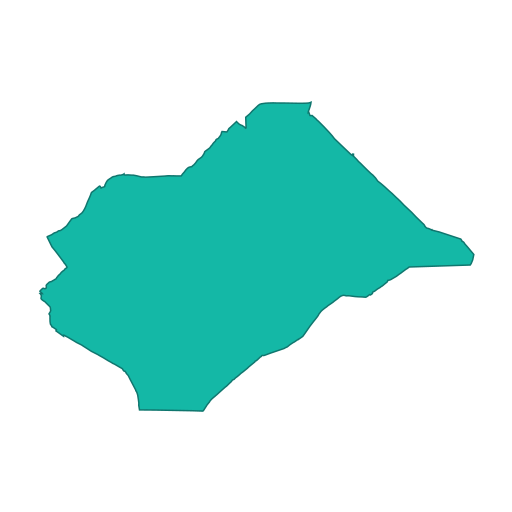 the district of Carlogani, Olt, Romania, rotated 267°
{"feature_id": "2599482B86259976977107", "entity_name": "Carlogani", "entity_type": "district", "adm_level": 2, "iso_a3": "ROU", "parent_name": "Romania", "parent_adm1": "Olt", "projection": "orthographic", "projection_center": [24.165, 44.511], "detail": "fine", "context": "isolated", "style": "filled", "palette": "teal", "viewbox_px": 512, "rotation_deg": 267, "n_neighbors": 0, "source": "geoboundaries", "source_scale": "gbopen_adm2", "svg_char_len": 5963}
<svg xmlns="http://www.w3.org/2000/svg" viewBox="0 0 512 512"><g transform="rotate(267 256 256)"><path d="M398.2,257.1L395.1,253.0L384.5,252.8L384.2,252.3L385.2,251.4L387.1,248.9L387.5,247.9L388.4,246.3L390.5,244.2L391.3,243.6L385.9,237.2L385.0,236.0L384.4,235.4L383.1,234.7L381.4,233.4L382.1,228.6L381.4,228.2L380.8,227.9L380.2,227.8L378.9,227.3L378.0,226.7L376.0,225.0L375.4,224.5L375.1,223.9L374.7,222.8L374.3,222.3L373.8,221.9L372.9,221.5L371.7,220.1L370.7,219.1L369.0,217.8L368.4,217.1L366.4,215.5L365.7,214.5L364.2,212.2L363.2,210.7L362.7,210.2L362.2,210.0L361.3,209.7L358.7,207.9L358.0,207.3L357.1,206.2L355.4,203.4L354.4,202.3L352.1,200.5L350.2,198.6L349.9,198.1L349.1,197.0L348.7,196.8L348.5,196.1L348.4,194.9L348.0,193.4L347.4,192.4L346.8,191.7L345.7,190.5L344.5,189.5L343.5,188.7L341.6,186.8L340.8,186.2L340.0,185.7L339.9,184.7L340.0,183.3L340.1,180.8L340.4,177.5L340.4,176.5L340.7,173.2L340.7,171.4L340.6,169.3L340.5,156.5L340.5,150.4L340.6,148.9L340.7,148.7L340.8,148.4L340.9,145.9L342.2,141.6L342.6,140.1L343.2,137.6L343.3,135.7L343.7,132.5L343.7,130.4L343.7,129.7L344.0,128.5L344.9,128.5L344.7,128.2L344.3,127.3L343.9,125.8L343.8,125.2L343.9,124.3L343.7,122.2L343.4,120.9L343.1,120.2L342.9,119.1L342.8,117.9L342.4,116.6L341.9,115.9L339.9,112.5L339.2,111.6L337.4,110.3L334.6,108.8L333.2,108.5L332.9,107.5L332.7,106.9L332.6,106.2L332.0,104.8L333.6,104.1L334.0,103.6L333.9,103.2L330.8,99.0L330.2,98.3L328.1,95.1L327.4,94.7L325.4,93.9L323.3,92.9L318.9,90.6L314.4,88.6L312.2,87.4L309.7,85.8L308.2,84.5L307.1,83.0L306.6,82.2L306.3,81.8L305.9,81.4L305.1,80.8L304.8,80.4L303.5,77.3L303.1,74.9L302.9,74.2L302.6,73.8L299.8,71.5L295.9,68.4L292.4,63.4L291.7,62.0L291.6,61.7L291.5,60.6L291.4,60.0L290.4,58.5L290.1,57.7L289.7,56.1L289.5,55.6L289.1,54.8L288.5,54.0L287.9,52.9L286.4,48.9L286.3,48.7L286.0,48.4L278.2,51.7L275.7,52.8L272.2,55.4L267.4,58.7L259.9,63.7L259.3,63.9L258.6,64.4L257.7,65.2L255.1,66.6L254.7,66.7L254.4,66.5L254.0,66.1L253.7,65.7L253.4,65.0L253.2,64.7L251.9,63.7L251.6,63.3L251.3,62.6L250.5,61.7L250.2,61.1L249.6,60.5L248.6,59.7L248.3,59.4L247.2,58.0L246.4,57.2L245.4,56.4L244.9,55.9L244.1,55.4L243.8,55.2L243.5,54.8L243.0,53.7L242.4,52.7L241.9,51.6L241.5,50.9L241.2,50.4L241.0,49.1L240.7,48.2L240.2,47.6L238.8,45.9L237.8,45.0L237.3,44.9L236.7,45.0L235.3,44.9L235.0,44.8L234.8,44.5L234.4,43.7L234.4,43.2L234.9,42.2L234.9,41.6L234.8,41.3L234.3,40.6L233.7,40.0L233.1,39.2L232.7,38.8L232.2,38.4L231.8,38.4L231.5,38.7L231.0,39.4L230.7,39.8L229.6,40.6L229.7,38.5L229.2,38.9L227.5,39.6L225.0,39.1L224.8,39.1L224.5,39.2L223.3,40.2L222.0,41.9L221.4,42.8L220.9,43.3L219.9,44.1L216.1,47.6L215.6,47.8L214.4,48.0L213.1,48.0L212.6,48.2L211.2,47.7L210.2,47.1L209.4,46.4L208.9,46.3L207.9,46.9L207.4,47.1L206.8,47.0L206.5,47.2L205.0,47.0L201.3,46.9L199.0,47.1L198.3,47.3L197.6,47.9L195.9,48.6L195.8,49.0L192.9,52.9L192.7,52.9L191.7,52.3L185.9,59.6L187.0,59.7L187.0,60.0L186.5,60.8L184.7,63.9L182.6,67.0L180.9,69.6L179.1,72.2L176.2,77.3L175.4,78.3L174.9,79.0L172.2,82.8L169.5,86.5L165.7,93.1L164.9,94.2L162.4,98.2L159.1,103.0L157.7,105.3L156.1,107.6L155.5,108.9L152.8,113.0L150.6,116.4L150.2,116.8L148.9,117.4L148.3,117.9L147.9,118.3L147.8,119.1L146.9,119.7L146.6,120.0L146.4,120.2L145.8,120.2L144.7,121.0L143.8,121.8L143.2,122.2L139.5,123.8L128.4,128.9L127.8,128.9L126.5,129.7L125.2,130.1L123.2,130.6L119.1,131.0L115.3,131.3L113.1,131.1L108.4,131.6L107.4,147.9L104.8,184.6L104.0,193.8L103.9,194.3L104.2,195.3L108.8,198.6L109.7,199.2L112.7,201.9L113.4,202.3L114.8,203.6L115.8,204.7L117.2,206.5L117.9,207.5L118.6,208.3L119.4,209.4L122.1,212.7L126.6,218.3L127.6,219.8L129.6,222.1L130.1,222.6L130.8,223.5L131.9,224.8L133.4,226.0L133.6,226.5L133.8,227.3L134.1,227.8L134.9,228.6L135.7,229.6L136.5,230.9L138.0,232.9L139.6,234.8L141.1,237.1L144.4,241.6L145.5,242.8L147.5,245.5L150.3,249.3L151.0,249.6L151.1,249.8L151.3,250.6L152.2,251.9L154.9,255.0L155.4,256.0L156.1,256.5L156.3,256.8L156.4,257.3L156.2,258.1L156.3,259.1L156.5,259.8L158.2,265.2L160.3,272.6L162.2,279.3L163.0,280.8L163.5,282.3L163.7,282.6L164.1,283.2L165.4,284.9L167.4,288.2L168.2,289.9L170.6,293.8L170.4,293.9L173.2,298.4L173.5,298.7L176.5,301.1L183.1,306.2L186.6,309.2L192.4,314.3L194.0,315.4L194.6,315.7L197.3,318.0L198.6,319.5L200.3,321.9L201.7,324.1L202.6,325.2L205.7,330.3L206.9,331.9L209.0,335.1L210.4,336.9L210.9,337.7L211.4,338.5L211.9,339.9L212.2,341.1L211.9,342.9L211.5,343.9L211.5,345.4L211.4,346.9L210.3,352.8L209.9,356.0L209.6,359.5L209.1,363.3L209.2,363.8L209.9,365.1L211.5,367.5L211.1,368.3L212.1,369.9L212.7,370.4L213.4,370.4L214.0,371.0L214.7,372.7L216.9,375.9L217.0,376.2L218.1,378.3L218.8,379.2L219.2,380.1L220.3,381.7L221.1,382.7L221.8,383.7L223.2,385.6L223.6,385.9L224.5,386.2L224.8,386.4L224.8,387.0L225.0,388.1L225.3,389.1L225.6,389.8L226.3,391.1L228.4,395.2L230.5,398.3L231.2,399.6L231.6,400.1L234.4,404.3L235.0,405.2L235.7,406.6L237.0,408.4L235.8,469.5L237.4,470.6L240.8,472.2L246.1,473.6L253.7,467.9L257.1,465.2L258.7,464.3L259.5,463.4L259.9,462.5L260.5,462.4L262.2,461.4L270.4,440.3L272.7,432.8L273.1,432.9L273.1,432.6L273.2,432.2L274.4,429.8L274.7,428.8L275.0,427.8L276.9,426.1L277.3,426.1L277.6,426.0L278.4,425.5L279.0,425.0L279.2,424.9L279.6,424.4L286.7,417.8L291.5,413.7L299.2,406.3L303.3,402.8L304.4,401.7L304.8,401.4L307.1,399.1L311.3,395.2L313.7,392.7L318.5,388.0L322.0,384.3L324.4,381.5L327.6,379.5L330.6,377.0L332.4,375.0L335.8,371.8L340.1,367.9L343.0,365.3L345.0,363.3L347.2,361.6L349.9,359.2L350.4,358.6L352.6,358.7L352.7,357.8L351.4,357.6L352.4,356.1L369.0,340.5L371.9,338.5L375.7,335.5L381.5,330.6L387.4,325.3L388.4,324.2L390.0,322.9L393.4,319.3L393.3,318.6L393.4,317.4L393.6,317.2L397.0,316.2L396.6,315.7L397.5,315.8L399.8,316.8L402.6,317.9L404.4,318.5L406.7,319.0L406.3,317.8L406.1,317.1L406.0,315.7L406.0,312.7L406.2,308.2L406.2,307.7L407.2,293.4L407.7,284.7L408.0,281.2L408.1,276.7L408.1,275.9L408.1,273.7L407.9,271.2L407.7,269.2L407.2,267.5L406.1,265.9L402.9,262.2L401.2,260.1L398.2,257.1Z" fill="#14b8a6" stroke="#0f766e" stroke-width="1.5"/></g></svg>